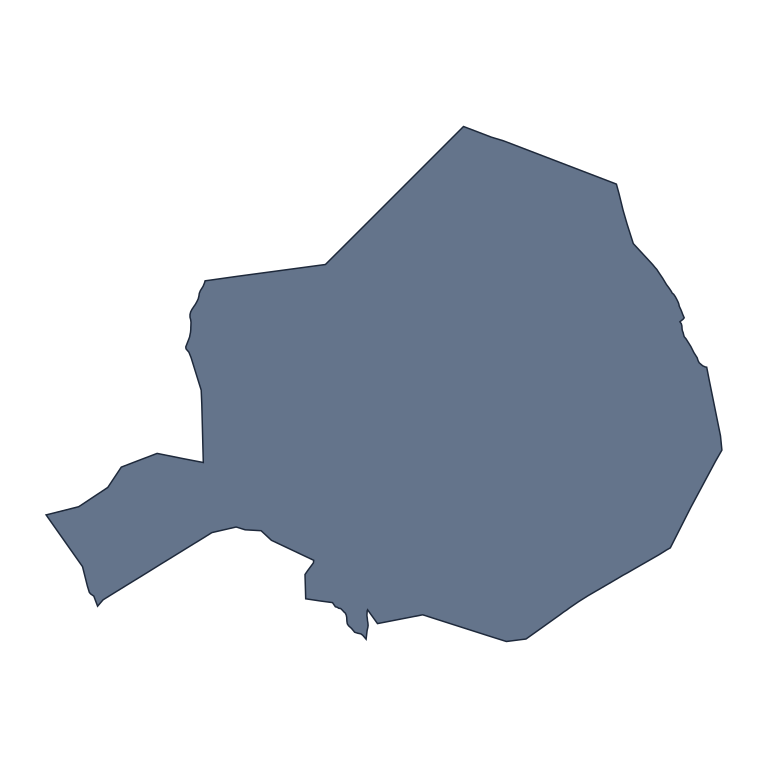 San Juan Bautista Coixtlahuaca, Oaxaca, Mexico (Albers equal-area conic projection)
{"feature_id": "50627088B60498499367659", "entity_name": "San Juan Bautista Coixtlahuaca", "entity_type": "district", "adm_level": 2, "iso_a3": "MEX", "parent_name": "Mexico", "parent_adm1": "Oaxaca", "projection": "albers", "projection_center": [-97.271, 17.729], "detail": "fine", "context": "isolated", "style": "filled", "palette": "slate", "viewbox_px": 768, "rotation_deg": 0, "n_neighbors": 0, "source": "geoboundaries", "source_scale": "gbopen_adm2", "svg_char_len": 2307}
<svg xmlns="http://www.w3.org/2000/svg" viewBox="0 0 768 768"><path d="M670.3,547.9L690.7,507.6L715.5,461.3L721.9,450.1L720.5,435.9L709.4,381.0L706.7,367.2L705.4,367.0L702.7,365.8L699.2,362.8L698.0,360.5L697.2,357.8L693.9,352.6L690.9,346.6L686.0,338.8L684.2,336.7L683.5,334.2L683.1,332.5L682.5,331.1L682.1,329.2L681.9,325.9L681.3,323.7L679.9,321.8L683.1,319.2L684.2,317.8L682.6,314.1L681.8,311.9L680.9,309.7L679.3,306.3L678.8,304.0L678.2,302.3L676.9,299.6L675.4,296.8L673.7,294.3L672.1,293.0L671.4,291.5L669.8,289.1L668.7,287.5L666.5,284.6L664.7,281.6L662.6,278.1L659.8,274.0L658.4,271.9L656.8,269.4L654.9,267.3L652.8,264.7L633.3,243.6L627.1,224.1L626.0,220.3L623.1,210.3L619.1,194.0L616.4,184.1L503.7,140.9L491.2,137.1L463.5,126.5L362.6,227.4L325.4,264.5L289.6,269.3L237.4,276.3L210.4,280.1L205.1,280.8L204.5,282.9L203.1,286.3L200.4,290.6L199.3,293.3L198.9,296.1L198.2,298.9L196.9,301.6L195.4,304.3L193.8,306.6L192.0,309.3L190.7,311.8L190.0,314.5L190.0,317.2L190.7,319.8L191.0,322.3L190.9,325.6L190.8,327.5L190.8,329.3L190.5,332.4L189.9,335.3L189.6,337.0L188.1,340.9L185.8,346.8L185.9,348.2L186.2,349.1L188.9,352.2L191.1,357.7L201.2,390.2L201.8,404.3L203.3,462.5L183.5,458.7L157.1,453.4L137.7,460.8L121.3,467.1L107.8,487.4L78.7,506.7L46.1,514.9L48.2,517.9L82.5,566.6L87.4,586.1L89.3,592.3L90.6,593.9L93.8,596.1L97.6,606.2L101.9,601.2L103.1,599.8L115.5,592.1L126.2,585.5L148.0,572.1L160.5,564.3L172.4,557.0L193.6,543.9L200.5,539.7L211.9,532.6L236.1,527.0L245.1,529.8L261.1,530.7L271.4,540.3L313.7,560.3L313.4,562.9L307.6,570.7L305.0,574.5L305.7,598.8L321.1,601.1L332.5,602.6L335.4,606.8L337.1,607.2L338.8,608.3L340.6,608.5L342.5,610.3L343.9,611.9L345.3,613.1L346.2,615.0L346.7,617.4L346.8,619.6L346.9,621.2L347.3,623.8L348.5,625.7L351.6,628.5L352.3,629.4L353.6,630.9L354.6,632.2L358.0,633.3L359.1,633.5L360.9,633.9L362.8,635.3L366.1,639.2L367.1,630.6L367.5,628.9L367.9,627.1L368.1,625.4L367.9,622.9L367.5,620.7L367.3,618.3L366.9,615.6L367.0,613.8L367.1,612.4L367.1,611.1L367.6,609.8L377.5,623.6L422.7,614.8L487.7,635.6L506.4,641.5L526.0,639.0L541.2,628.2L560.5,614.4L563.4,612.2L566.9,609.9L569.5,607.9L578.7,601.6L587.9,595.8L612.3,581.6L622.9,575.3L627.4,572.9L634.1,569.0L638.3,566.6L640.9,565.1L658.7,554.9L660.5,553.8L666.5,550.0L670.3,547.9Z" fill="#64748b" stroke="#1e293b" stroke-width="1.5"/></svg>